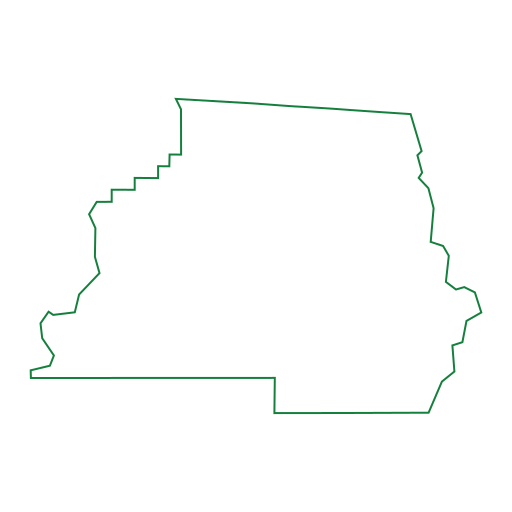 Madison, Florida, United States of America (Albers equal-area conic projection)
{"feature_id": "52423323B35187147605368", "entity_name": "Madison", "entity_type": "district", "adm_level": 2, "iso_a3": "USA", "parent_name": "United States of America", "parent_adm1": "Florida", "projection": "albers", "projection_center": [-83.469, 30.456], "detail": "fine", "context": "isolated", "style": "outline", "palette": "green", "viewbox_px": 512, "rotation_deg": 0, "n_neighbors": 0, "source": "geoboundaries", "source_scale": "gbopen_adm2", "svg_char_len": 855}
<svg xmlns="http://www.w3.org/2000/svg" viewBox="0 0 512 512"><path d="M481.3,312.5L474.9,292.4L464.2,287.1L456.0,289.5L445.9,281.9L448.8,255.8L443.1,246.0L430.7,241.9L433.6,208.2L428.4,188.2L418.7,177.9L422.1,172.6L417.4,155.3L421.6,151.1L410.6,114.1L385.1,112.4L384.9,112.4L383.4,112.3L363.1,110.9L351.6,110.1L336.5,109.0L329.2,108.5L301.9,106.8L294.6,106.4L288.5,106.0L253.2,103.4L175.9,98.9L181.0,109.3L181.1,154.6L169.6,154.5L169.3,166.3L158.1,166.2L158.1,178.1L134.7,177.9L134.7,189.8L111.7,189.7L111.7,201.8L96.7,201.9L89.1,214.2L95.4,228.1L94.9,256.8L99.5,273.1L79.1,294.5L74.8,312.3L53.2,314.9L48.6,311.7L40.5,323.3L42.2,338.2L53.9,355.5L49.9,365.7L30.7,370.3L30.9,378.0L274.8,377.9L274.4,413.1L345.3,413.0L428.6,412.7L441.9,381.6L454.4,371.5L452.4,345.4L462.4,342.2L466.5,320.9L481.3,312.5Z" fill="none" stroke="#15803d" stroke-width="2"/></svg>